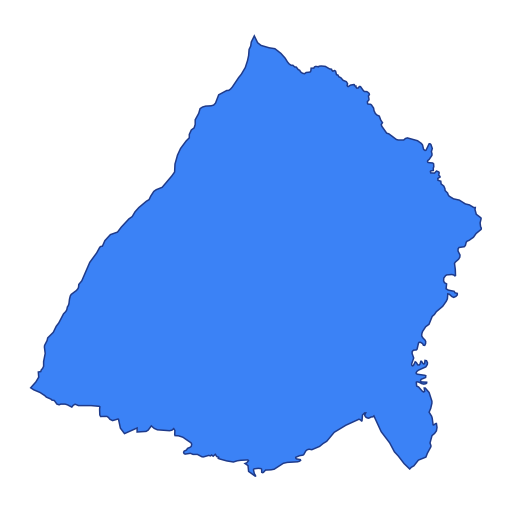 the district of Chipatá, Santander, Colombia
{"feature_id": "7082276B31557626540926", "entity_name": "Chipatá", "entity_type": "district", "adm_level": 2, "iso_a3": "COL", "parent_name": "Colombia", "parent_adm1": "Santander", "projection": "mercator", "projection_center": [-73.622, 6.074], "detail": "fine", "context": "isolated", "style": "filled", "palette": "blue", "viewbox_px": 512, "rotation_deg": 0, "n_neighbors": 0, "source": "geoboundaries", "source_scale": "gbopen_adm2", "svg_char_len": 5999}
<svg xmlns="http://www.w3.org/2000/svg" viewBox="0 0 512 512"><path d="M475.3,207.5L473.9,207.6L469.4,204.9L465.3,203.9L459.3,200.1L453.4,198.8L449.1,196.1L448.0,194.5L447.7,193.2L445.1,190.5L444.9,188.6L443.8,186.1L441.1,183.9L440.8,181.2L438.0,180.3L437.8,178.4L440.1,177.0L439.9,176.3L438.7,175.2L439.2,172.8L438.7,171.9L436.5,171.0L434.5,173.1L430.7,172.9L430.4,171.4L431.0,170.8L433.3,170.5L433.3,167.9L433.8,166.8L433.6,163.8L432.7,163.0L428.6,162.6L427.8,162.3L427.5,161.4L427.7,160.6L429.2,159.4L431.9,155.4L432.0,153.9L431.4,151.6L432.3,148.5L430.9,144.5L429.9,143.7L429.1,143.8L426.1,150.1L425.1,150.5L423.6,149.4L422.5,144.9L421.3,143.4L417.5,140.7L407.4,137.9L405.4,138.5L403.7,140.0L398.3,140.0L396.4,139.5L388.8,133.8L386.7,133.2L381.7,126.1L381.3,124.4L382.5,122.7L380.8,120.2L379.3,116.1L376.9,115.0L375.3,113.4L374.0,110.6L373.6,108.1L371.5,105.0L370.6,104.3L368.0,104.1L367.5,103.3L367.4,101.6L368.8,100.1L369.0,99.4L368.4,95.9L369.4,94.7L369.1,93.4L367.6,92.1L366.8,91.6L364.5,91.5L363.5,90.8L360.5,86.6L359.4,86.5L358.0,88.1L356.7,88.1L355.9,87.0L356.0,86.1L354.5,85.8L354.4,84.8L354.0,84.5L350.5,85.1L348.2,86.6L347.6,86.4L347.1,85.4L347.6,83.8L346.7,82.2L346.2,81.6L343.1,80.3L340.8,77.7L338.9,76.8L337.9,75.0L336.5,74.7L335.6,71.2L334.6,70.5L332.9,71.2L332.0,70.4L331.5,69.2L329.6,68.9L325.3,66.4L321.3,66.0L319.1,66.2L318.5,66.8L315.8,66.4L314.5,66.9L313.8,68.1L311.1,68.2L310.9,70.6L310.5,71.6L309.9,72.1L306.1,72.5L304.6,73.7L302.6,73.3L300.7,72.0L299.6,70.2L298.3,69.7L296.3,67.1L294.6,66.9L292.9,65.3L291.2,65.3L289.2,64.0L287.5,62.0L285.1,58.1L280.9,53.4L274.9,48.7L269.2,47.8L261.0,45.4L257.6,42.7L254.3,35.9L251.3,42.0L250.7,46.1L249.1,49.4L248.6,55.7L247.5,60.7L245.3,67.5L241.3,74.3L238.7,77.5L232.2,87.2L230.4,89.2L228.7,90.4L226.7,90.5L218.7,94.8L215.5,103.1L213.6,105.1L211.1,105.8L205.7,106.1L202.6,107.0L200.1,108.6L198.7,113.4L195.2,119.8L195.2,124.5L194.1,127.9L191.3,130.0L189.3,134.4L189.3,137.8L186.2,140.9L180.6,148.4L177.5,155.1L175.0,164.0L174.6,172.0L172.0,175.7L162.2,187.3L156.2,189.7L153.8,191.4L150.7,196.2L149.1,199.6L146.4,201.2L138.9,207.5L135.1,211.7L132.2,216.6L128.9,218.9L121.3,227.1L117.5,232.1L110.4,234.6L104.9,240.6L102.4,246.2L100.9,246.4L99.8,247.2L96.7,252.9L89.8,262.3L81.8,280.8L78.8,284.4L78.5,287.4L77.9,288.7L76.4,290.5L71.2,294.4L70.3,295.9L69.5,299.1L69.0,303.3L68.4,305.4L67.4,306.9L66.8,309.7L65.8,311.5L63.5,313.9L58.8,322.9L56.2,326.3L53.3,332.3L47.7,337.9L47.1,340.5L44.6,345.4L44.4,347.0L45.2,353.5L43.6,361.5L43.6,366.3L42.5,368.6L41.4,369.7L40.7,371.6L38.3,372.0L38.7,377.2L35.9,381.9L30.7,387.8L33.7,389.8L40.1,392.5L44.9,395.7L46.3,397.1L50.9,399.1L51.9,400.1L54.3,400.5L56.9,404.1L59.1,404.8L60.8,404.1L65.1,404.1L67.4,404.8L71.8,407.1L73.2,405.3L75.1,404.2L78.5,405.6L91.2,405.6L99.2,406.3L99.9,406.8L99.6,409.1L99.8,414.9L100.6,416.5L106.9,416.4L108.5,417.5L109.9,419.3L112.6,420.6L118.0,419.0L118.5,419.2L120.4,428.2L124.5,433.6L137.1,428.0L137.1,432.0L146.1,431.4L148.2,430.1L151.3,425.9L154.2,428.4L157.4,429.8L169.5,430.7L171.9,430.2L173.7,428.6L174.9,430.5L174.7,434.4L175.0,435.6L178.5,435.8L182.8,437.2L191.0,442.8L191.7,444.1L191.3,446.3L190.3,447.2L187.5,448.4L186.5,450.0L184.2,451.1L183.6,452.2L184.0,453.5L185.1,454.1L190.4,453.3L193.1,454.4L197.4,454.4L202.0,456.8L203.5,456.9L208.7,455.4L210.5,455.9L211.6,455.0L213.2,456.2L215.3,454.3L216.7,456.5L218.7,457.3L218.3,458.4L219.8,459.0L226.7,460.9L233.4,462.0L237.2,460.8L240.6,460.3L247.8,459.9L248.5,460.7L246.8,462.8L245.0,463.5L248.0,465.6L248.6,471.4L255.1,476.1L255.5,476.1L255.5,475.5L254.3,473.6L253.6,470.4L253.5,469.4L254.3,468.8L258.4,468.3L260.9,468.6L261.6,469.2L261.7,472.3L262.7,472.7L263.5,472.3L265.5,470.1L271.1,469.8L274.2,469.2L283.3,463.3L287.2,462.4L297.5,461.8L299.3,461.3L300.6,460.4L300.3,459.6L296.4,458.9L295.8,458.2L295.7,457.3L299.5,455.7L303.0,455.1L303.8,454.5L305.8,450.9L307.3,449.7L309.1,449.2L311.8,449.7L319.6,446.4L323.1,443.5L326.7,441.3L334.2,432.3L345.9,425.2L359.0,419.2L360.5,419.9L361.5,421.0L362.0,420.8L362.5,415.0L364.6,412.9L365.7,412.9L364.8,414.7L364.8,415.6L365.9,417.2L367.0,417.8L368.3,418.2L369.2,418.0L371.1,417.0L372.9,416.8L373.9,415.9L381.2,431.7L389.7,442.9L394.4,451.8L398.2,455.9L404.1,463.6L409.7,469.0L411.3,467.3L413.9,465.8L418.4,460.1L425.9,457.1L427.4,453.2L430.9,446.7L430.9,445.5L430.0,443.0L432.0,435.6L434.6,433.4L436.4,430.9L437.0,427.4L436.4,423.5L435.6,423.6L433.7,425.0L433.1,424.8L432.2,418.1L431.6,416.2L429.1,412.2L430.7,408.4L431.9,403.3L431.9,401.2L429.1,392.5L425.2,388.0L424.2,388.0L424.6,391.4L423.6,392.0L422.4,391.3L418.6,387.0L416.7,386.1L416.5,384.8L416.3,382.2L417.1,381.8L419.0,382.2L421.9,383.7L423.8,384.1L425.8,383.7L426.7,383.0L426.7,382.2L421.3,381.9L420.6,381.2L420.6,380.2L421.2,379.3L425.6,377.5L425.8,375.7L424.8,375.3L417.3,374.2L416.3,373.6L416.1,372.9L416.8,371.5L418.4,370.2L425.8,366.9L427.3,364.5L427.5,362.8L426.5,360.7L425.0,360.4L424.6,363.6L423.8,364.0L422.9,363.4L421.5,361.3L420.8,361.3L420.0,364.1L419.2,365.0L417.8,364.9L416.3,362.5L415.2,361.8L413.4,365.5L412.4,365.9L411.9,365.5L411.6,364.0L413.7,358.0L412.1,353.5L412.2,351.5L413.5,350.2L416.4,349.9L417.1,349.1L418.5,343.1L419.1,342.3L420.5,342.3L422.6,343.6L423.4,345.2L424.7,345.4L425.0,344.9L425.6,343.5L425.7,341.6L425.1,340.2L422.9,337.9L421.7,336.0L421.8,333.8L422.6,331.4L425.7,326.7L429.0,324.3L432.2,316.4L434.4,314.5L436.3,311.7L442.7,306.3L446.3,301.2L447.4,298.8L447.8,293.8L449.4,294.3L451.8,296.5L453.7,297.4L455.9,296.4L457.3,294.9L457.3,293.4L455.0,292.8L454.1,291.3L448.3,290.1L446.1,288.8L446.6,283.9L444.5,282.7L443.6,280.9L443.8,278.0L445.6,275.6L446.8,274.9L451.7,274.5L453.6,274.9L454.9,275.9L455.5,275.5L455.3,269.5L454.5,263.4L455.3,262.1L458.5,259.3L459.8,257.2L460.0,255.0L458.0,251.0L458.1,248.8L459.0,247.5L464.3,246.7L465.4,245.4L466.2,242.2L467.2,241.1L469.0,240.4L473.5,237.2L476.1,233.5L481.1,229.4L481.3,228.1L480.6,226.7L480.1,222.9L481.1,218.7L480.9,217.8L476.3,214.3L475.0,209.6L475.3,207.5Z" fill="#3b82f6" stroke="#1e3a8a" stroke-width="1.5"/></svg>